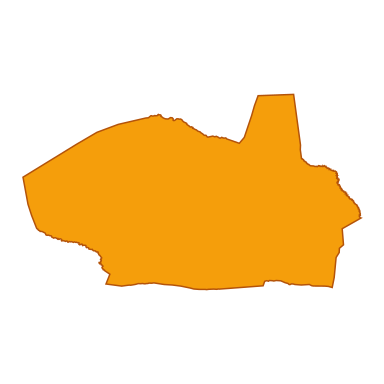 the district of Zu'ungovi, Uvs, Mongolia
{"feature_id": "93677404B72222343372213", "entity_name": "Zu'ungovi", "entity_type": "district", "adm_level": 2, "iso_a3": "MNG", "parent_name": "Mongolia", "parent_adm1": "Uvs", "projection": "natural_earth1", "projection_center": [94.109, 50.114], "detail": "fine", "context": "isolated", "style": "filled", "palette": "amber", "viewbox_px": 384, "rotation_deg": 0, "n_neighbors": 0, "source": "geoboundaries", "source_scale": "gbopen_adm2", "svg_char_len": 5963}
<svg xmlns="http://www.w3.org/2000/svg" viewBox="0 0 384 384"><path d="M361.0,218.0L360.1,217.7L359.3,216.3L359.4,215.2L360.0,215.6L360.4,215.3L360.1,213.9L360.3,213.3L359.8,212.7L359.9,211.9L359.3,211.6L359.5,211.2L359.3,210.7L359.7,210.6L359.5,210.1L359.0,209.2L358.3,208.9L358.3,208.2L358.7,208.2L358.5,207.6L357.6,207.0L357.6,206.4L357.2,206.2L357.0,205.7L357.1,205.3L356.7,205.1L356.6,204.8L355.1,204.0L355.0,203.5L354.4,203.2L354.3,202.8L353.9,202.7L353.6,202.0L353.7,201.6L353.4,201.4L353.6,201.1L353.5,200.9L353.0,200.8L352.6,200.3L352.5,199.9L351.9,200.0L351.9,199.4L351.4,199.4L351.3,199.1L351.1,199.0L350.9,199.2L350.3,198.9L349.7,198.8L349.4,198.4L349.5,198.2L349.2,197.9L349.3,197.5L348.8,197.2L349.0,196.9L348.2,196.5L347.8,195.9L347.0,195.7L347.2,195.4L346.7,195.5L346.2,194.9L346.3,194.4L346.5,194.3L346.1,193.9L346.3,193.6L345.8,193.6L346.2,193.3L345.8,193.2L345.7,192.3L345.4,192.3L345.3,192.0L345.0,192.0L344.6,192.1L344.1,192.1L343.9,191.2L343.6,191.1L343.4,191.3L342.9,190.7L342.4,190.8L342.1,190.7L342.1,190.4L341.8,190.1L341.9,189.6L341.7,189.6L341.5,189.9L341.2,189.8L341.2,189.5L341.6,189.5L341.6,189.2L341.8,189.2L341.3,188.3L340.4,188.0L340.6,187.8L340.4,187.6L340.4,187.2L340.1,187.0L340.2,186.3L339.4,185.9L339.5,185.4L339.0,185.2L339.0,184.9L338.5,184.8L338.9,184.5L337.8,183.9L337.6,183.4L337.7,183.0L337.2,183.1L337.0,182.8L337.2,182.3L337.5,182.5L337.7,182.2L337.6,181.6L338.0,181.4L338.4,181.6L338.5,180.8L338.2,180.5L338.2,180.3L338.7,180.1L338.4,179.8L338.9,179.6L339.0,179.3L338.6,179.2L338.4,179.4L338.2,179.3L337.7,178.8L337.4,178.7L337.7,178.3L337.3,178.2L337.2,177.8L336.8,177.9L336.9,177.5L337.1,177.6L337.4,177.5L337.3,177.1L337.1,177.0L337.2,176.3L336.5,175.8L337.5,175.4L337.1,175.0L337.2,174.5L336.9,174.4L337.1,173.7L336.6,173.8L336.2,173.4L336.5,173.3L336.3,173.0L336.6,172.2L336.4,171.9L335.4,171.3L335.3,171.1L334.5,171.3L333.9,171.1L333.6,170.4L332.9,170.4L332.8,170.8L332.3,170.5L331.5,170.4L331.2,170.1L330.6,169.9L330.6,169.3L330.1,169.5L330.0,169.3L329.3,169.4L329.5,168.8L329.3,168.5L328.7,168.5L328.5,168.2L327.7,168.3L327.8,168.1L327.4,168.1L327.1,168.0L326.9,167.5L326.5,167.5L325.9,167.1L326.0,166.9L325.7,166.8L325.8,166.3L324.8,166.2L324.5,166.0L324.3,165.7L323.8,166.0L324.0,166.2L323.9,166.4L322.8,166.4L322.7,166.1L322.6,166.3L322.2,166.5L321.7,166.1L321.1,166.4L320.2,166.4L320.2,166.0L319.2,165.7L318.6,165.6L318.2,165.9L318.1,166.2L317.1,166.7L316.3,166.3L315.3,166.5L314.5,166.4L313.9,166.0L310.6,165.8L309.9,165.5L309.5,165.0L308.6,164.5L308.6,164.3L307.5,164.0L307.3,163.7L306.5,163.1L306.4,162.8L306.5,162.6L305.9,161.9L305.2,161.8L304.7,161.1L304.3,160.9L304.1,161.0L303.8,160.7L303.6,159.8L303.1,159.4L302.4,159.3L302.3,158.9L302.0,158.9L301.8,158.5L301.5,158.4L300.3,149.7L300.5,145.1L293.6,94.4L258.1,95.7L254.5,105.6L251.6,115.7L244.3,137.4L239.3,143.3L227.2,139.1L226.6,138.8L226.1,138.1L225.4,137.9L223.9,138.2L223.3,137.9L222.6,137.8L221.8,137.3L220.4,138.1L219.6,138.1L219.2,137.9L218.4,137.3L216.3,136.3L214.8,136.8L212.8,136.1L208.1,137.1L207.7,137.1L206.9,136.6L206.2,135.5L205.9,135.3L204.5,135.3L204.0,135.1L202.7,133.9L201.1,132.9L200.1,131.9L197.8,131.1L196.4,129.9L194.5,129.2L193.4,128.3L192.6,128.3L192.5,127.8L192.7,127.4L192.2,127.2L191.5,126.8L190.6,127.0L190.0,126.8L188.9,125.8L186.9,124.5L186.7,124.0L186.8,123.5L186.6,123.3L183.7,121.9L182.5,120.8L182.2,120.1L181.0,119.2L180.3,119.0L179.1,119.2L178.2,118.8L176.8,118.8L174.7,120.4L173.9,120.6L173.2,120.4L173.1,119.9L173.2,118.9L172.4,117.9L171.6,117.7L170.4,117.6L168.4,118.9L167.6,119.0L165.3,118.8L163.3,118.0L162.1,117.0L161.0,116.5L160.9,116.3L161.1,116.1L161.1,115.6L160.8,115.1L160.1,114.8L159.1,114.8L158.3,114.4L158.0,114.6L157.7,115.4L157.3,115.6L155.5,115.8L154.9,115.5L154.4,115.8L152.5,116.1L151.3,115.7L150.8,115.8L148.5,117.7L148.2,117.8L145.8,118.0L118.2,124.4L97.0,132.3L77.0,144.0L23.0,177.2L28.0,204.3L31.6,215.4L36.6,228.2L37.2,228.9L37.8,229.1L37.9,229.5L38.5,230.2L39.9,230.9L40.1,231.4L42.1,231.5L45.0,233.0L45.3,233.3L45.9,234.8L46.2,235.0L47.1,235.3L48.3,235.1L50.0,235.7L51.1,235.8L51.6,236.3L51.9,237.2L53.3,237.8L53.6,238.1L55.0,237.7L55.7,237.8L56.8,238.5L58.0,238.5L58.1,238.8L57.9,239.3L58.1,239.4L58.7,239.1L59.3,239.3L60.0,238.8L60.6,238.9L61.5,239.4L61.6,239.8L61.4,240.6L61.6,240.9L62.1,240.9L62.9,240.5L63.4,240.8L64.1,240.8L65.5,241.4L66.4,241.0L67.5,241.3L67.6,241.8L68.0,242.2L69.8,241.5L70.8,241.9L71.7,241.6L73.4,242.4L74.4,241.9L75.8,242.4L76.5,242.2L77.5,242.7L78.8,242.7L79.0,242.8L79.1,243.3L78.9,244.2L79.6,244.8L79.8,244.8L81.2,244.2L82.0,244.1L82.5,244.7L82.4,245.3L82.6,245.6L83.8,245.2L85.7,245.4L85.9,245.7L86.0,246.8L86.4,247.5L86.5,247.6L87.2,247.4L88.6,247.9L88.8,248.9L89.1,249.1L91.5,249.5L92.2,249.3L93.0,250.4L93.4,250.7L95.1,250.9L95.6,251.1L96.0,251.7L96.6,252.0L97.8,251.9L98.2,252.3L98.0,253.0L98.4,253.5L99.1,255.0L100.0,255.5L100.6,256.7L101.4,257.3L101.6,257.6L101.6,258.2L101.1,258.6L100.7,259.2L100.6,259.3L101.3,259.9L101.3,260.4L100.7,261.1L101.0,261.8L100.2,262.5L99.2,262.4L99.0,262.8L99.1,263.0L99.7,263.8L100.6,263.6L101.0,263.8L101.1,264.7L101.8,264.8L102.1,265.4L102.9,266.0L102.9,266.4L102.0,267.3L102.3,268.3L103.1,268.9L103.1,269.6L104.4,270.0L104.4,270.5L109.9,274.2L106.0,284.0L121.7,286.1L129.1,285.1L130.6,285.2L132.0,285.0L135.4,284.4L138.2,283.6L140.7,283.7L142.4,283.5L144.4,283.8L145.3,283.8L146.0,283.6L147.9,283.5L149.0,283.1L151.7,283.2L153.9,282.9L164.2,284.5L172.3,285.0L180.8,286.1L190.1,288.0L193.8,289.0L199.4,289.4L205.1,289.4L206.6,289.6L208.7,289.3L213.7,289.1L216.9,289.3L218.2,289.0L219.3,289.1L263.1,285.8L264.7,281.3L266.7,280.7L268.5,281.2L269.5,280.5L272.4,280.7L273.8,281.0L276.2,280.5L280.8,280.8L285.1,282.7L288.0,283.5L289.1,284.5L290.0,284.6L291.5,283.9L293.2,284.0L294.9,284.5L301.3,285.0L309.4,284.5L311.7,285.7L313.3,286.0L324.6,286.1L328.3,286.4L332.2,287.5L334.2,277.5L336.1,257.5L339.2,252.5L339.4,248.3L343.5,244.8L342.2,228.7L361.0,218.0Z" fill="#f59e0b" stroke="#b45309" stroke-width="1.5"/></svg>